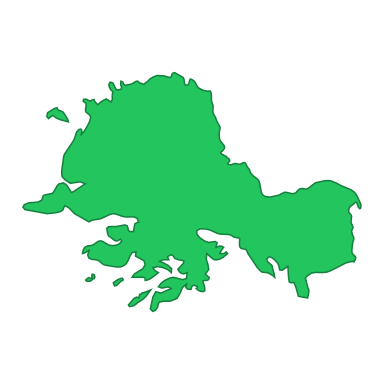 map outline of Hwanghae-namdo (Robinson projection)
{"feature_id": "PRK-3304", "entity_name": "Hwanghae-namdo", "entity_type": "Province", "adm_level": 1, "iso_a3": "PRK", "parent_name": "North Korea", "parent_adm1": "", "projection": "robinson", "projection_center": [125.529, 38.191], "detail": "fine", "context": "isolated", "style": "filled", "palette": "green", "viewbox_px": 384, "rotation_deg": 0, "n_neighbors": 0, "source": "natural_earth", "source_scale": "10m", "svg_char_len": 5965}
<svg xmlns="http://www.w3.org/2000/svg" viewBox="0 0 384 384"><path d="M353.9,262.0L353.2,261.4L349.6,261.9L345.6,263.1L330.7,270.7L326.8,272.1L322.5,272.6L315.5,272.4L311.4,273.2L307.5,275.7L305.8,277.5L305.5,278.2L307.8,287.5L308.9,290.0L308.7,293.1L307.6,298.0L298.4,296.3L295.8,286.9L293.9,282.5L291.1,282.8L289.3,282.1L288.5,276.9L287.9,266.3L282.3,270.2L279.7,270.0L278.7,265.4L277.4,262.8L274.6,259.8L271.5,257.5L269.5,256.6L266.6,259.0L267.8,261.9L272.0,265.4L272.4,267.8L274.2,274.0L274.7,277.3L273.1,275.8L268.9,273.3L267.0,272.6L262.3,272.2L260.4,270.9L257.3,267.6L247.8,253.3L246.9,251.0L245.8,249.4L241.2,248.4L240.1,247.5L239.6,245.8L239.4,243.2L239.8,238.9L238.9,238.0L234.1,237.2L230.7,235.1L228.9,234.5L221.0,234.2L217.6,233.5L209.9,230.0L205.1,228.9L200.3,228.9L196.9,230.5L196.8,234.2L200.2,238.1L205.0,241.2L208.7,242.4L215.3,241.5L217.2,242.8L215.9,247.3L219.8,246.0L221.7,246.2L223.7,247.3L221.4,250.3L219.8,253.6L223.3,253.6L224.8,253.1L226.3,251.9L227.6,253.6L222.9,257.5L220.3,258.9L217.2,259.8L214.1,259.7L211.8,258.1L206.8,253.6L206.2,259.0L207.9,264.4L208.8,269.6L205.3,274.0L208.1,276.7L209.3,277.3L208.6,279.5L207.3,280.4L203.5,280.5L202.7,281.2L204.2,285.2L204.8,288.6L204.8,290.6L203.5,291.6L201.5,291.5L199.6,291.0L197.9,290.1L196.2,288.5L197.0,288.0L197.6,286.8L195.3,285.6L193.2,285.4L191.7,286.6L191.1,289.3L189.8,289.4L187.3,289.0L185.7,287.2L187.1,283.5L182.5,287.5L180.1,293.2L177.0,298.5L170.1,301.2L163.4,301.3L159.9,302.0L158.4,303.4L157.5,307.3L155.4,310.4L152.7,311.4L150.3,308.9L152.9,297.0L155.8,291.7L160.9,293.1L171.3,288.5L168.4,286.9L161.8,288.1L158.4,286.8L160.8,283.5L164.8,280.4L169.4,278.2L173.4,277.3L182.8,279.6L186.4,278.5L187.1,272.6L183.9,273.9L181.3,273.4L179.3,271.7L177.8,269.3L183.5,263.2L183.8,260.8L178.6,259.8L174.9,258.5L173.3,256.1L171.5,254.7L167.4,256.6L168.8,259.8L163.9,259.8L161.7,260.2L159.6,261.4L163.3,262.8L168.1,265.4L171.6,268.7L171.3,272.6L167.8,269.6L162.7,267.5L157.4,266.6L153.1,267.7L154.0,269.4L155.2,270.8L158.4,272.6L152.4,277.4L148.7,279.6L145.2,280.5L145.2,279.0L144.7,277.9L143.8,277.3L132.1,277.3L134.4,273.9L142.7,268.8L145.2,264.5L143.8,260.6L135.5,256.1L136.0,251.9L132.2,252.6L130.0,255.9L128.3,260.2L126.2,263.8L123.2,266.0L120.1,267.0L116.6,267.0L105.5,265.2L103.4,264.5L98.2,260.4L96.2,259.8L92.0,259.4L88.9,258.1L87.7,255.2L89.0,250.3L84.3,253.1L82.5,253.6L83.3,249.7L84.9,247.2L87.5,245.9L91.0,245.6L93.4,244.7L98.3,241.3L100.9,240.8L103.5,241.9L108.5,244.9L111.9,245.6L115.0,245.4L117.7,244.7L119.9,243.3L121.7,240.8L120.3,239.1L118.2,240.6L116.1,241.0L114.0,240.1L110.0,236.7L109.0,236.4L108.4,235.8L107.4,232.8L106.8,228.3L108.6,226.6L116.5,226.5L124.9,224.9L127.1,225.7L127.9,227.7L128.3,229.9L129.4,231.4L133.4,231.7L134.8,223.8L138.7,221.9L137.0,218.3L133.8,216.9L126.2,217.0L122.8,216.5L116.2,214.2L113.3,213.7L110.2,214.3L100.9,218.7L91.7,220.3L89.0,221.9L74.6,213.7L68.4,207.4L64.6,205.8L62.9,209.9L60.8,211.5L56.0,212.7L47.2,213.7L24.9,209.6L23.0,207.2L24.3,204.6L28.9,202.8L37.9,202.1L41.7,200.2L43.3,195.6L44.6,195.0L52.5,193.3L53.9,191.5L57.1,185.8L59.1,183.8L63.5,182.9L66.6,185.0L71.4,192.5L73.4,191.7L85.2,183.8L80.4,181.8L70.3,183.3L64.9,179.7L62.2,176.7L61.8,174.9L61.7,171.0L63.7,156.4L64.5,154.1L72.9,141.6L74.3,139.0L76.6,132.0L78.8,129.6L80.3,129.1L81.3,129.3L81.9,131.0L81.4,134.4L83.8,131.8L87.0,126.7L89.8,121.0L90.7,117.1L89.5,114.8L86.1,112.3L85.4,110.0L86.1,105.3L85.9,103.4L83.1,101.1L83.6,99.3L86.3,99.2L90.1,101.2L92.3,99.9L93.9,99.4L94.9,101.7L97.8,104.7L101.9,101.1L106.3,98.9L111.1,102.0L112.3,99.4L112.2,95.1L112.8,91.7L110.7,89.7L109.3,87.0L108.9,84.2L110.2,82.1L112.9,83.0L116.5,90.1L120.9,89.4L121.6,87.6L120.6,84.3L120.9,81.2L122.7,81.9L123.6,84.1L125.4,85.3L131.6,84.0L136.1,81.3L137.6,81.1L139.6,82.8L144.0,84.3L146.0,82.4L147.6,81.5L149.6,79.2L152.6,77.3L157.0,75.5L164.1,75.9L168.5,77.2L170.8,77.5L171.3,76.7L171.6,75.0L172.5,73.3L174.7,72.6L183.2,77.5L184.1,79.7L184.6,84.0L185.8,85.2L188.1,84.9L189.1,82.7L189.6,80.2L190.4,79.0L192.3,79.7L194.2,81.2L195.6,83.0L196.2,84.5L198.2,87.7L202.8,90.2L208.1,91.3L209.9,90.8L210.8,91.8L211.4,94.7L211.5,101.0L213.1,105.8L212.9,111.9L213.2,113.4L215.5,117.4L216.8,121.2L220.0,126.9L220.1,128.1L219.2,133.0L219.3,136.7L219.6,138.9L220.3,140.8L224.1,145.6L224.7,147.2L223.9,149.3L222.2,151.2L220.7,152.2L220.7,153.0L222.0,154.3L225.9,156.2L229.4,159.4L229.7,160.5L229.5,161.4L228.2,162.7L227.8,163.6L228.3,164.4L231.1,164.8L234.2,163.6L235.7,163.5L240.0,164.4L243.0,162.7L244.1,162.6L245.3,163.0L246.2,164.4L247.2,166.8L249.5,169.6L250.1,171.9L251.1,173.5L252.5,175.2L257.8,179.4L258.9,180.8L259.6,183.0L261.3,192.1L262.2,194.3L263.4,195.4L265.0,196.4L269.9,197.1L278.6,195.2L284.4,192.3L286.2,192.3L292.3,193.7L294.3,193.4L295.9,192.7L297.8,190.4L300.0,188.8L302.4,188.4L306.0,189.2L307.2,189.0L315.4,182.8L324.7,180.7L329.0,180.6L331.5,181.1L335.8,182.8L341.3,185.7L351.1,189.8L354.5,192.3L356.3,194.6L357.5,196.9L361.0,204.6L360.9,206.9L360.6,208.2L359.8,208.7L358.5,207.5L356.9,203.0L356.4,202.3L355.6,202.2L352.7,204.8L350.3,206.4L349.3,207.8L348.7,210.5L348.7,212.2L351.0,214.7L351.6,216.4L351.0,222.3L353.1,227.3L351.6,231.1L352.4,234.8L353.7,237.3L353.8,239.2L352.6,243.3L351.8,250.6L352.1,252.9L353.1,254.4L355.4,256.5L355.7,257.7L355.1,260.0L353.9,262.0ZM63.3,112.2L67.7,119.3L68.4,121.9L60.2,119.7L56.4,118.1L52.8,115.4L48.5,118.6L46.8,116.5L47.6,112.7L54.8,108.3L57.0,107.8L58.0,110.0L61.1,111.0L63.3,112.2ZM143.5,292.8L150.8,289.9L146.1,296.2L142.8,299.4L137.8,302.5L136.2,304.0L133.5,305.8L129.5,306.6L128.4,304.9L134.1,298.4L136.8,297.1L138.8,297.9L139.7,294.3L140.7,294.3L142.2,292.9L143.5,292.8ZM114.5,285.9L113.3,282.7L118.1,279.4L121.5,278.3L122.3,278.2L122.9,279.0L123.2,280.0L122.7,280.5L121.7,280.7L116.2,285.7L114.5,285.9ZM92.2,274.2L94.1,274.6L94.9,276.9L94.3,278.6L93.3,278.6L91.2,280.7L89.4,281.3L87.3,281.3L85.9,280.7L85.9,279.6L88.6,277.6L91.2,278.5L91.8,278.3L92.1,276.8L91.7,275.7L92.2,274.2Z" fill="#22c55e" stroke="#15803d" stroke-width="1.5"/></svg>